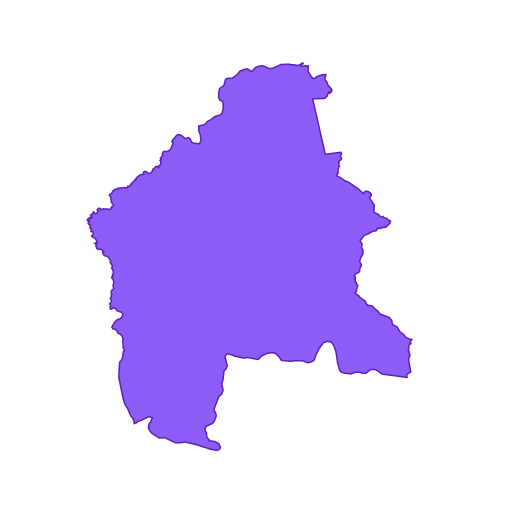 outline of Daffiama Bussie Issa, Upper West, Ghana, rotated 280°
{"feature_id": "2480657B92911606303429", "entity_name": "Daffiama Bussie Issa", "entity_type": "district", "adm_level": 2, "iso_a3": "GHA", "parent_name": "Ghana", "parent_adm1": "Upper West", "projection": "robinson", "projection_center": [-2.277, 10.369], "detail": "fine", "context": "isolated", "style": "filled", "palette": "violet", "viewbox_px": 512, "rotation_deg": 280, "n_neighbors": 0, "source": "geoboundaries", "source_scale": "gbopen_adm2", "svg_char_len": 6066}
<svg xmlns="http://www.w3.org/2000/svg" viewBox="0 0 512 512"><g transform="rotate(280 256 256)"><path d="M446.9,293.3L445.8,289.3L443.4,285.1L441.0,282.6L440.7,280.9L447.0,275.1L452.2,274.5L452.0,271.9L450.6,268.1L451.2,267.1L451.8,267.0L453.7,269.1L454.3,268.3L451.8,265.9L451.0,264.1L450.7,262.0L451.1,260.5L450.5,258.1L450.6,254.9L449.0,247.5L444.0,240.2L443.1,237.8L443.0,236.2L444.6,229.5L443.2,225.2L441.2,222.5L437.3,220.0L437.2,218.8L438.8,215.1L437.7,212.0L435.0,207.8L431.4,206.0L426.8,201.6L426.4,198.4L425.4,195.9L424.5,195.3L418.4,194.8L414.6,191.1L411.1,190.9L405.8,191.6L403.4,193.2L402.4,196.3L401.1,197.1L395.0,198.2L390.5,197.6L388.7,196.3L386.3,191.4L382.2,187.7L380.6,185.3L377.0,183.0L376.1,181.9L374.1,177.0L369.8,177.7L365.4,180.2L360.0,181.8L357.2,180.9L356.3,179.3L356.6,177.3L356.2,176.0L356.7,173.5L357.0,172.8L359.8,170.9L360.7,169.6L360.7,168.5L359.7,167.2L359.5,165.6L362.1,161.0L362.0,158.1L360.8,156.6L359.7,156.3L355.0,153.3L353.6,153.5L353.1,154.6L352.4,154.7L346.0,153.3L343.9,151.0L343.3,149.9L343.4,148.4L342.5,146.6L340.4,146.0L338.7,146.6L335.5,144.8L334.3,146.0L333.3,145.0L332.6,146.1L331.5,145.8L330.1,146.3L328.2,145.1L326.3,145.0L326.1,144.4L327.1,143.8L326.7,141.7L324.8,140.7L323.5,139.3L322.5,139.6L320.3,138.6L318.8,137.1L318.6,135.7L320.1,132.8L319.8,131.2L318.3,130.6L317.0,131.3L315.9,128.0L312.8,125.1L311.1,124.3L310.6,124.6L310.3,123.7L309.6,124.0L309.1,123.0L307.9,122.6L306.9,121.3L305.7,121.5L305.1,120.2L304.2,120.3L302.5,119.2L302.5,117.6L301.3,117.8L300.6,116.3L300.8,115.2L300.2,114.1L299.0,108.9L298.5,107.8L297.5,107.3L297.1,105.2L294.9,103.7L292.6,103.0L291.5,101.5L290.4,101.0L288.5,102.8L283.7,104.2L281.7,106.8L279.8,106.4L279.8,105.7L279.1,105.9L278.7,105.0L277.9,105.6L276.4,103.7L276.5,100.9L275.8,100.0L276.2,97.9L274.7,95.3L275.8,94.1L275.7,92.8L273.9,91.6L272.6,92.5L270.6,92.0L269.7,89.8L270.4,88.8L271.2,88.7L270.7,87.9L269.3,88.0L267.7,86.0L266.6,87.2L265.1,87.5L264.8,87.2L265.4,86.3L264.3,85.0L263.5,85.4L263.3,84.1L262.3,83.5L261.6,83.9L261.6,85.5L260.8,85.2L260.1,85.8L259.2,84.9L258.2,85.7L257.8,87.5L256.3,87.3L255.0,88.2L254.6,87.8L253.9,89.1L251.5,89.2L251.5,91.3L248.9,92.0L247.4,90.7L246.7,90.8L245.4,94.4L243.3,96.5L240.6,97.3L241.1,95.8L240.5,95.0L240.0,96.5L238.9,96.4L235.9,97.7L235.1,99.5L235.8,101.7L234.0,105.2L233.7,105.5L233.0,104.4L230.9,105.4L230.0,107.1L229.6,110.4L226.2,113.5L224.0,113.7L223.7,114.6L222.8,114.9L222.1,115.8L220.3,116.3L218.6,115.9L218.1,117.2L214.7,118.5L213.4,118.5L212.9,117.9L211.2,118.5L210.6,117.7L209.3,117.7L207.9,119.6L204.9,120.7L203.3,120.3L201.2,120.6L199.3,121.6L196.5,119.5L194.5,119.8L193.1,120.6L192.3,120.2L190.6,120.6L188.8,119.9L187.8,121.0L185.6,121.7L183.4,120.1L182.8,121.1L181.6,121.7L180.6,121.1L178.4,121.8L178.6,123.0L180.4,124.9L180.3,125.5L179.7,127.0L177.9,128.7L177.2,133.5L175.3,135.0L173.3,134.8L171.2,133.5L169.9,132.1L169.4,130.5L165.9,128.2L161.0,126.4L159.3,127.8L159.4,129.8L158.7,131.4L155.8,133.8L155.6,135.6L155.0,136.6L153.6,138.3L150.2,139.8L148.2,139.5L146.5,140.4L142.7,141.0L140.9,142.4L139.7,142.7L138.5,141.8L136.5,142.3L135.6,141.9L134.2,142.6L133.1,141.9L131.4,142.0L129.9,141.5L127.9,140.3L126.0,140.3L112.8,141.9L92.0,150.1L86.7,153.0L83.4,156.1L76.8,160.4L74.8,162.9L72.5,164.3L69.8,165.2L71.3,167.6L72.5,168.2L74.1,171.5L79.1,178.1L78.8,182.2L76.0,181.2L74.4,181.3L73.0,180.2L70.7,179.7L68.2,179.9L66.3,181.0L63.5,183.8L60.0,192.1L61.2,198.1L58.0,209.2L59.2,214.9L60.5,218.0L59.8,230.4L57.9,243.9L57.7,248.6L57.8,250.8L58.5,252.7L59.9,253.9L61.5,254.2L64.8,251.8L66.1,247.9L66.0,241.8L66.9,241.8L68.2,239.8L69.4,238.9L73.8,237.7L74.8,236.3L75.7,236.0L78.7,236.1L79.7,236.7L83.7,242.4L86.2,243.7L91.4,244.6L93.4,244.0L97.7,241.2L111.4,243.9L114.1,246.3L118.1,246.9L124.7,244.3L127.9,245.0L137.3,244.4L139.5,246.1L142.8,246.8L151.5,242.9L154.7,244.4L154.5,249.3L153.7,252.1L153.3,261.5L154.6,265.8L154.5,276.2L158.5,278.9L160.5,281.6L162.4,284.4L163.8,290.1L163.0,292.9L160.5,296.5L157.6,299.1L158.4,309.1L159.5,311.4L160.9,320.2L159.8,325.7L161.4,329.1L163.9,331.5L169.0,332.2L175.7,334.2L182.6,337.7L184.3,341.0L184.4,344.9L181.7,348.0L175.5,351.4L164.9,354.9L158.4,358.0L156.7,359.5L156.0,362.8L156.3,369.8L159.0,374.5L159.5,378.3L159.0,381.6L159.7,384.7L163.4,387.9L164.3,389.2L164.8,392.7L164.6,394.3L161.6,400.5L162.6,425.8L164.7,425.2L166.3,425.7L168.6,428.5L180.1,424.4L182.4,424.1L184.0,424.9L185.5,424.8L185.8,424.2L188.6,423.3L189.3,422.3L191.2,422.6L194.5,422.1L196.0,422.8L196.3,423.6L196.9,423.8L197.6,423.0L199.2,423.0L200.8,424.0L200.9,421.3L202.3,417.0L204.1,415.4L206.5,410.8L210.8,407.2L211.8,403.3L213.2,401.9L215.5,401.2L217.1,399.8L217.8,398.3L218.6,398.2L220.4,388.2L223.2,385.2L223.7,383.7L226.7,379.7L227.1,377.8L226.5,374.7L227.4,374.5L227.8,373.1L230.6,371.4L233.1,365.7L234.4,364.4L236.4,360.3L237.2,360.1L238.4,361.0L243.2,360.9L244.5,361.5L245.6,360.0L246.3,359.4L246.9,359.7L248.5,357.9L250.2,357.9L250.6,357.1L251.4,357.7L252.4,357.4L253.4,356.2L256.3,357.7L257.5,359.9L259.5,360.8L260.2,360.2L265.5,361.4L268.9,358.8L271.3,359.4L272.4,359.2L274.8,360.5L277.4,360.8L280.2,360.4L283.3,358.2L285.7,358.6L289.3,355.9L295.3,359.2L296.5,361.6L301.1,367.3L301.0,368.5L302.2,370.4L304.8,371.0L304.5,373.4L306.0,375.6L306.7,378.6L311.6,382.3L313.0,381.9L313.5,382.4L314.2,381.6L314.0,380.4L315.8,378.2L315.7,375.8L317.0,374.1L316.2,373.1L316.2,372.0L318.5,368.7L319.5,364.5L326.6,363.7L333.4,357.4L335.3,359.0L337.0,358.7L337.9,357.7L339.0,355.2L338.9,352.8L337.9,351.7L336.2,351.1L340.3,344.2L343.2,337.6L345.0,333.3L345.7,329.9L347.7,325.9L348.9,321.7L351.1,321.7L351.8,322.5L355.0,321.8L358.7,322.2L359.0,322.6L359.9,321.7L362.6,321.6L363.4,321.0L365.9,323.3L367.3,323.2L368.3,321.8L371.8,322.4L372.6,321.9L372.5,321.2L372.8,321.1L368.1,306.6L420.6,284.5L423.1,296.2L426.2,298.6L428.1,298.5L430.0,299.2L430.2,300.0L429.1,299.8L429.3,300.6L430.0,301.3L431.6,301.5L432.0,302.1L434.2,300.8L434.7,299.5L435.9,298.8L435.8,298.3L436.6,297.3L439.9,295.5L441.9,293.0L443.1,293.2L443.9,292.8L445.5,293.4L446.9,293.3Z" fill="#8b5cf6" stroke="#5b21b6" stroke-width="1.5"/></g></svg>